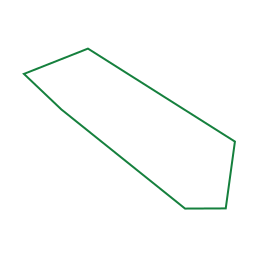 El Arish 3, Shamal Sina', Egypt (Albers equal-area conic projection), rotated 94°
{"feature_id": "37247803B18293726613988", "entity_name": "El Arish 3", "entity_type": "district", "adm_level": 2, "iso_a3": "EGY", "parent_name": "Egypt", "parent_adm1": "Shamal Sina'", "projection": "albers", "projection_center": [33.79, 31.001], "detail": "fine", "context": "isolated", "style": "outline", "palette": "green", "viewbox_px": 256, "rotation_deg": 94, "n_neighbors": 0, "source": "geoboundaries", "source_scale": "gbopen_adm2", "svg_char_len": 253}
<svg xmlns="http://www.w3.org/2000/svg" viewBox="0 0 256 256"><g transform="rotate(94 128 128)"><path d="M134.1,20.4L93.9,95.0L51.6,173.5L81.3,235.6L114.2,195.7L204.4,65.5L201.4,24.9L134.1,20.4Z" fill="none" stroke="#15803d" stroke-width="2"/></g></svg>